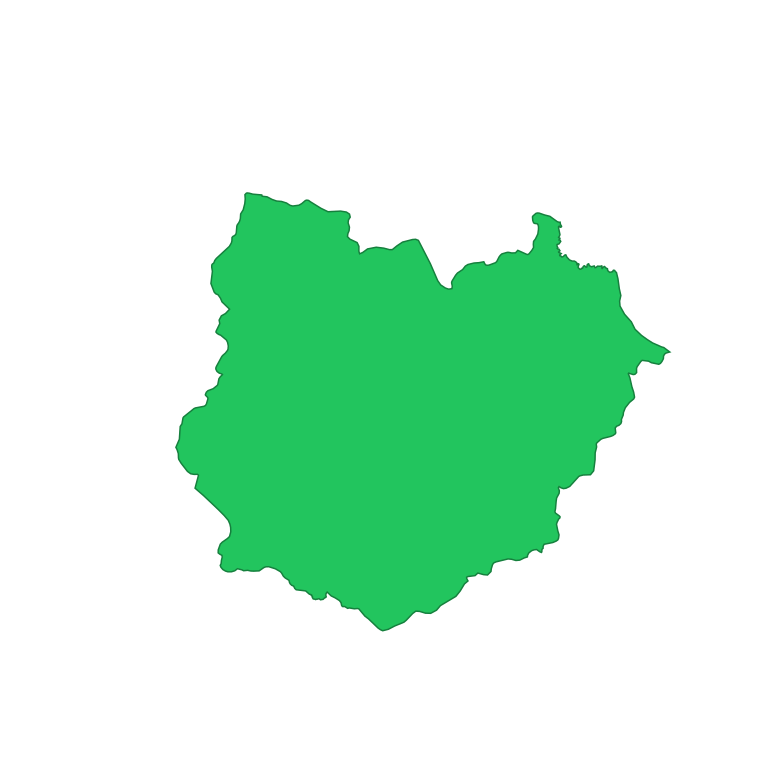 Si Sakhon, Narathiwat, Thailand, rotated 46°
{"feature_id": "78962969B93940138269619", "entity_name": "Si Sakhon", "entity_type": "district", "adm_level": 2, "iso_a3": "THA", "parent_name": "Thailand", "parent_adm1": "Narathiwat", "projection": "orthographic", "projection_center": [101.514, 6.19], "detail": "fine", "context": "isolated", "style": "filled", "palette": "green", "viewbox_px": 768, "rotation_deg": 46, "n_neighbors": 0, "source": "geoboundaries", "source_scale": "gbopen_adm2", "svg_char_len": 6158}
<svg xmlns="http://www.w3.org/2000/svg" viewBox="0 0 768 768"><g transform="rotate(46 384 384)"><path d="M191.5,438.7L199.9,442.3L202.1,442.4L204.5,441.4L208.5,442.0L212.5,443.5L222.9,443.1L223.2,449.1L222.0,453.6L223.5,458.2L226.5,460.2L229.4,468.1L229.9,468.8L231.7,468.9L234.0,468.3L235.3,467.6L242.9,466.8L245.4,467.6L248.5,469.6L250.6,472.0L251.1,473.2L251.6,476.7L251.4,480.4L251.7,482.1L255.0,492.5L255.7,493.9L256.7,494.7L259.0,495.4L261.7,495.0L264.0,493.7L265.0,493.7L265.1,497.0L265.6,499.2L268.9,503.9L269.2,504.9L268.7,510.2L266.5,515.3L266.5,517.5L267.5,519.8L268.1,520.2L271.3,520.2L272.3,520.9L275.1,525.8L275.4,527.3L275.1,528.8L270.2,536.3L269.7,537.7L268.5,551.1L268.8,552.2L272.3,557.0L273.0,560.1L281.6,569.6L285.0,577.7L287.4,578.4L291.2,580.3L294.4,583.2L295.7,584.0L300.2,585.0L308.5,585.9L310.4,586.1L314.3,585.4L317.1,583.4L319.3,581.0L320.5,580.8L320.9,581.0L327.7,592.3L339.0,591.3L359.5,590.4L367.6,590.3L373.9,590.7L377.8,592.2L380.7,594.0L383.9,596.9L386.4,601.1L386.4,604.0L385.4,610.3L385.5,613.0L388.2,618.5L390.3,620.6L392.5,620.3L394.7,619.6L396.2,620.7L397.9,623.4L400.1,626.0L400.7,627.8L402.5,628.6L405.5,628.8L408.4,628.0L410.6,626.8L413.1,624.2L414.7,621.1L415.1,617.7L419.0,615.3L420.8,614.7L423.3,611.5L426.0,609.7L428.1,607.7L431.7,603.6L432.6,597.9L433.4,596.0L435.4,593.8L441.5,590.5L447.0,588.9L448.9,589.0L452.4,589.9L454.9,589.8L459.2,588.7L461.2,589.9L462.7,590.3L464.7,590.2L466.6,589.4L469.1,590.2L471.0,590.1L478.4,584.1L483.3,583.7L485.1,582.7L485.7,582.7L485.8,583.2L487.1,583.1L487.7,583.8L489.5,584.2L490.8,583.2L491.6,582.9L492.1,581.6L492.6,581.3L493.3,579.8L495.1,579.6L496.6,577.4L496.6,574.7L497.0,574.5L497.0,573.5L496.4,573.0L495.7,572.8L494.5,571.3L494.2,569.4L499.7,569.2L503.9,567.7L508.8,566.5L511.4,566.8L513.9,568.3L515.2,568.5L516.9,566.8L520.1,566.0L521.0,564.5L525.1,561.5L527.0,559.1L528.2,558.3L537.9,559.0L542.1,558.3L555.4,557.8L558.4,557.2L560.6,556.3L563.5,551.2L565.5,544.4L569.2,535.1L569.4,532.0L569.0,522.8L569.5,518.9L572.4,516.3L577.6,513.4L581.4,509.7L583.2,503.3L582.6,497.3L586.7,479.8L585.8,472.9L583.7,465.0L584.0,460.4L581.5,459.7L580.4,458.8L580.7,457.5L585.1,451.6L585.2,447.8L590.3,444.8L593.3,442.2L593.2,437.3L591.4,435.1L589.4,431.5L588.9,429.6L589.7,427.1L596.0,416.3L598.8,413.9L602.6,411.7L605.0,408.7L606.5,404.0L608.0,401.0L606.9,399.6L606.1,397.1L606.5,393.5L607.5,391.3L609.1,389.2L612.8,388.5L614.5,387.8L614.4,387.1L612.7,385.3L612.7,383.7L611.4,382.5L610.5,380.2L615.3,372.7L616.6,369.3L616.9,367.2L616.2,365.6L614.1,362.9L610.4,361.0L604.8,357.4L603.8,355.8L602.5,352.2L602.5,350.5L601.8,349.6L600.8,349.5L596.0,350.3L594.6,349.8L592.9,347.3L588.0,341.7L585.9,339.0L584.3,334.0L582.7,332.1L579.8,330.7L579.4,329.3L581.6,328.8L583.9,327.6L585.4,325.5L586.7,321.5L585.8,308.2L586.1,307.0L587.8,304.0L592.7,298.5L592.1,293.5L585.2,284.9L580.2,279.9L577.0,274.8L574.6,273.0L574.2,271.8L574.4,266.5L575.1,264.4L579.2,257.3L580.1,255.0L580.5,252.2L580.1,251.2L576.2,248.2L576.0,245.9L576.9,243.7L577.0,241.1L576.1,239.3L574.4,237.8L572.5,233.5L570.8,231.5L568.7,226.9L567.8,220.2L568.2,214.7L567.5,212.9L563.3,210.1L558.0,207.5L550.5,202.9L546.3,201.1L546.1,200.5L550.3,198.2L551.3,196.8L551.3,194.4L548.2,191.5L547.4,189.9L546.2,183.7L546.3,181.9L551.4,177.8L554.4,176.9L560.7,172.6L561.2,170.8L560.9,168.5L559.9,165.5L558.0,163.4L557.4,161.2L557.7,159.5L559.5,156.2L552.1,157.4L550.3,158.5L541.0,162.3L534.7,163.8L528.0,165.0L519.0,165.4L511.1,162.9L500.9,162.5L491.9,160.1L488.0,156.9L484.9,152.2L479.0,148.6L470.8,142.6L465.2,139.3L464.1,139.5L462.5,139.2L461.7,139.7L461.5,140.3L462.0,141.5L460.5,144.1L457.8,144.3L456.3,143.2L454.5,143.8L452.7,143.7L452.4,144.1L452.4,146.8L451.8,146.7L450.7,145.4L450.3,145.3L449.5,146.7L447.6,148.5L447.4,150.6L446.9,151.4L445.1,150.8L443.8,153.3L441.5,154.1L439.9,153.3L439.5,153.5L439.3,154.8L440.7,156.9L440.0,157.6L438.3,157.6L438.0,157.9L437.9,159.1L438.7,160.8L437.9,161.6L438.2,162.4L437.6,163.4L435.2,163.5L434.3,162.6L433.4,160.7L432.8,160.5L432.1,161.0L432.5,161.7L432.3,162.2L430.8,161.2L429.3,161.2L427.8,161.7L426.2,163.3L423.6,164.4L419.8,164.3L417.4,163.5L416.9,164.1L416.8,166.7L416.3,167.7L415.7,168.0L414.7,167.8L413.8,168.4L413.2,168.0L413.3,165.9L410.6,166.9L410.3,166.7L410.4,164.9L408.5,164.5L407.7,165.2L406.8,165.2L406.6,164.2L405.5,164.0L404.0,162.9L403.9,162.5L404.8,160.8L404.2,157.8L402.7,157.4L401.9,158.0L401.4,156.2L399.9,156.6L399.3,154.6L398.7,153.6L393.0,150.0L392.0,149.0L392.2,148.3L393.3,148.4L393.9,148.1L394.2,147.3L393.9,146.7L391.8,146.2L389.9,144.9L389.3,145.7L387.6,146.6L378.6,148.2L373.9,151.1L368.8,153.7L367.5,154.9L366.8,156.2L366.6,160.1L366.9,161.1L369.7,163.4L372.0,164.4L373.1,164.1L375.3,162.4L376.5,162.6L378.3,163.7L380.1,165.5L383.0,169.2L384.9,174.4L385.3,177.3L387.3,179.6L389.7,181.6L390.6,185.0L391.1,189.3L390.8,190.6L389.8,191.3L380.8,194.9L381.0,198.3L378.5,201.1L376.1,202.7L374.9,203.9L372.3,208.8L372.2,210.7L372.5,212.8L374.2,217.8L374.2,219.5L371.4,225.9L370.2,227.4L369.1,228.1L367.5,228.0L365.4,227.3L362.7,231.4L359.5,235.2L356.3,240.7L355.7,243.6L356.3,248.0L355.2,254.1L355.5,256.9L357.2,263.4L357.7,264.5L358.3,265.2L361.0,266.9L362.6,268.9L360.7,271.6L357.6,273.2L352.1,274.4L347.0,273.6L329.7,267.1L304.6,259.5L301.9,260.7L299.9,263.1L294.8,272.1L293.6,278.8L293.1,284.7L291.2,286.7L286.1,289.8L280.2,294.6L275.4,302.0L274.6,308.0L273.4,311.1L271.1,309.9L267.5,306.4L263.6,305.1L256.1,307.9L252.6,307.9L250.7,305.5L249.5,302.7L247.2,299.9L243.2,297.9L241.3,295.6L240.5,292.4L237.8,290.8L234.2,291.6L229.5,295.1L221.2,304.6L213.8,307.3L201.6,310.4L199.6,310.7L198.1,311.8L197.4,313.1L197.1,317.8L196.3,321.0L192.6,326.0L190.1,327.5L186.1,328.4L181.5,330.9L177.7,334.2L173.5,336.3L168.1,338.1L164.3,341.2L163.1,340.6L156.3,346.5L153.1,348.4L151.4,349.8L151.1,350.7L151.2,352.5L154.5,355.3L157.5,358.8L160.9,364.3L162.1,369.0L165.2,372.4L166.4,374.4L167.1,376.3L167.6,379.0L168.2,380.2L172.6,385.2L173.4,386.7L173.4,388.5L172.9,390.0L173.0,391.5L175.4,394.0L176.5,395.8L177.6,399.7L177.2,417.4L177.6,420.0L178.7,422.3L178.5,424.4L178.8,425.2L180.2,426.7L183.8,429.2L191.5,438.7Z" fill="#22c55e" stroke="#15803d" stroke-width="1.5"/></g></svg>